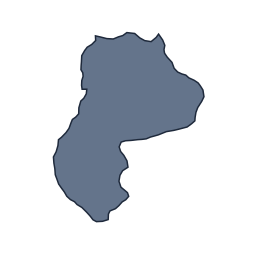 outline of Engenheiro Coelho, São Paulo, Brazil, rotated 106°
{"feature_id": "56859067B14377814131316", "entity_name": "Engenheiro Coelho", "entity_type": "district", "adm_level": 2, "iso_a3": "BRA", "parent_name": "Brazil", "parent_adm1": "São Paulo", "projection": "robinson", "projection_center": [-47.172, -22.479], "detail": "fine", "context": "isolated", "style": "filled", "palette": "slate", "viewbox_px": 256, "rotation_deg": 106, "n_neighbors": 0, "source": "geoboundaries", "source_scale": "gbopen_adm2", "svg_char_len": 1461}
<svg xmlns="http://www.w3.org/2000/svg" viewBox="0 0 256 256"><g transform="rotate(106 128 128)"><path d="M29.3,124.5L33.2,125.9L38.6,129.6L39.4,136.0L38.1,141.6L35.3,147.6L36.6,155.4L40.6,158.5L43.0,162.3L46.5,166.7L47.9,173.0L48.1,179.3L48.4,184.7L52.8,183.2L57.7,185.9L61.6,189.5L65.5,191.0L71.2,192.4L77.2,191.0L80.7,190.3L84.9,189.3L87.4,186.7L90.7,185.4L95.1,185.5L99.8,184.4L103.4,182.8L102.1,178.3L106.7,177.5L111.6,178.7L115.1,180.8L122.1,180.8L128.0,179.3L132.0,181.3L135.1,183.8L138.7,184.2L144.6,184.6L149.5,186.3L155.3,189.4L158.4,191.6L164.2,190.5L170.6,190.5L176.4,191.7L182.3,189.5L187.3,187.1L193.0,185.0L197.2,181.9L201.0,179.2L204.1,175.4L207.0,171.6L210.5,168.0L212.7,163.6L213.6,159.1L215.6,155.9L217.1,150.4L220.3,144.6L222.9,140.4L225.9,136.3L226.7,132.5L224.7,126.7L221.5,121.8L216.1,123.1L212.7,122.5L209.0,117.8L205.2,115.4L200.6,113.2L197.6,110.4L193.5,108.5L190.3,110.7L186.8,118.5L181.7,122.0L175.7,122.7L170.5,121.4L165.7,117.2L159.9,119.9L155.5,124.4L152.6,128.6L148.6,131.3L143.4,130.7L140.9,126.8L139.0,121.4L136.5,115.4L135.1,111.5L133.4,107.5L130.5,103.9L128.5,100.6L126.2,96.9L120.9,90.1L117.6,83.2L115.1,78.8L110.7,71.4L106.3,68.0L102.7,65.7L99.4,66.4L94.3,67.0L89.1,66.6L82.1,64.5L77.0,63.6L70.9,66.4L67.9,69.7L65.4,72.9L63.9,77.5L63.0,83.4L61.2,87.0L61.2,91.2L60.5,95.7L57.9,100.1L52.8,103.8L49.1,109.8L46.0,113.5L42.8,115.0L38.4,115.4L33.9,118.9L29.3,124.5Z" fill="#64748b" stroke="#1e293b" stroke-width="1.5"/></g></svg>